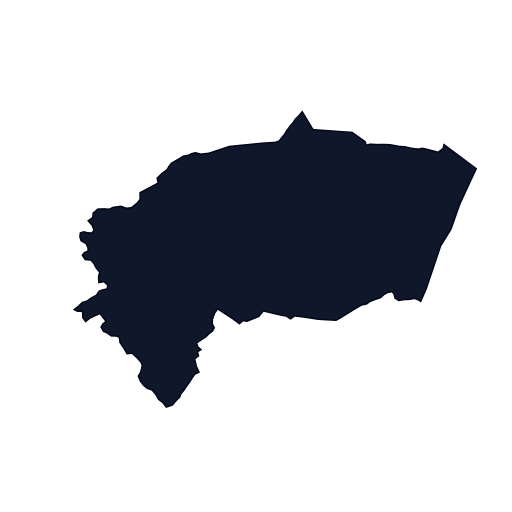 the district of Simão Dias, Sergipe, Brazil, rotated 202°
{"feature_id": "56859067B91513097865044", "entity_name": "Simão Dias", "entity_type": "district", "adm_level": 2, "iso_a3": "BRA", "parent_name": "Brazil", "parent_adm1": "Sergipe", "projection": "mercator", "projection_center": [-37.797, -10.741], "detail": "fine", "context": "isolated", "style": "filled", "palette": "ink", "viewbox_px": 512, "rotation_deg": 202, "n_neighbors": 0, "source": "geoboundaries", "source_scale": "gbopen_adm2", "svg_char_len": 2500}
<svg xmlns="http://www.w3.org/2000/svg" viewBox="0 0 512 512"><g transform="rotate(202 256 256)"><path d="M424.8,225.8L419.2,223.0L415.7,219.1L416.9,215.8L420.7,214.5L424.8,213.9L427.5,211.6L426.5,207.8L423.8,204.6L418.2,203.9L414.9,200.8L413.5,197.6L416.4,194.9L417.3,191.6L413.1,188.7L407.4,190.4L403.5,188.3L399.6,185.0L394.8,182.4L394.3,177.9L391.7,172.5L387.3,175.3L382.5,173.5L381.7,169.7L385.6,167.0L388.3,164.7L389.2,159.9L393.0,155.4L395.7,151.0L399.6,147.9L401.8,142.9L404.5,138.2L400.9,137.9L396.0,139.7L393.5,134.0L389.5,131.4L386.6,136.3L383.5,139.8L379.1,144.2L370.5,139.2L372.6,135.4L373.0,132.1L369.1,129.0L364.9,128.9L360.2,127.7L355.6,129.5L352.3,129.5L349.8,125.0L346.2,122.5L342.8,120.2L339.0,117.1L334.4,119.5L327.7,116.9L322.7,114.4L320.5,112.0L319.8,108.1L319.4,104.7L320.1,100.6L316.3,96.7L312.1,94.2L307.6,92.6L302.2,92.8L297.1,90.2L292.6,86.6L287.4,85.2L282.6,82.3L277.7,86.5L276.0,91.7L273.9,96.6L274.1,99.9L272.6,104.6L271.6,109.6L270.3,114.6L269.6,118.8L268.5,123.4L265.3,127.0L269.9,131.2L274.4,137.7L271.9,141.8L274.4,145.3L271.9,148.6L275.9,149.9L278.6,153.1L272.1,162.5L270.5,166.3L268.3,170.0L267.8,173.8L271.1,176.6L272.7,180.7L273.0,187.4L271.7,192.7L267.2,191.7L254.3,189.2L246.0,187.0L244.0,191.2L239.9,192.1L230.8,201.0L228.6,207.8L210.2,210.6L205.7,211.6L200.3,210.7L197.8,214.9L188.6,217.4L175.3,220.5L169.4,222.4L157.7,226.4L154.4,230.5L144.4,244.2L139.9,250.0L135.4,253.1L133.6,256.2L130.0,259.7L125.1,263.9L123.0,268.1L120.3,271.5L116.4,274.0L113.3,272.0L111.3,269.0L107.1,268.2L102.3,271.1L97.5,273.3L93.3,276.0L89.7,276.2L86.3,275.6L85.9,289.2L87.7,319.2L88.6,334.5L85.3,353.8L86.5,380.6L85.2,406.6L84.5,419.4L123.4,429.7L122.8,425.8L125.9,420.5L132.4,419.6L138.6,418.8L142.4,418.1L145.1,416.1L148.6,415.0L153.2,413.9L159.1,413.0L164.3,411.2L168.5,410.4L173.0,409.5L177.1,408.1L180.9,406.6L185.6,404.6L188.9,403.5L192.1,402.4L195.1,400.0L197.7,402.9L213.2,406.6L227.3,402.0L250.5,394.5L267.2,407.1L268.5,402.9L270.9,397.3L271.4,393.9L273.0,389.6L274.6,383.0L275.1,379.6L276.4,375.4L277.7,371.2L280.5,368.7L292.9,362.7L321.7,347.6L338.1,333.7L341.9,331.6L345.2,329.8L351.0,329.0L353.8,326.9L356.2,324.3L360.8,321.3L363.3,317.9L366.0,314.4L369.1,310.4L370.3,306.2L370.7,302.8L374.1,297.3L376.8,291.2L374.0,287.0L387.2,271.3L384.7,265.1L385.8,261.0L387.6,257.6L389.6,254.1L394.3,251.6L399.5,251.6L404.1,249.1L407.0,247.3L409.5,244.4L414.3,242.9L420.3,240.2L423.0,234.8L421.8,230.4L424.8,225.8Z" fill="#0f172a" stroke="#020617" stroke-width="1.5"/></g></svg>